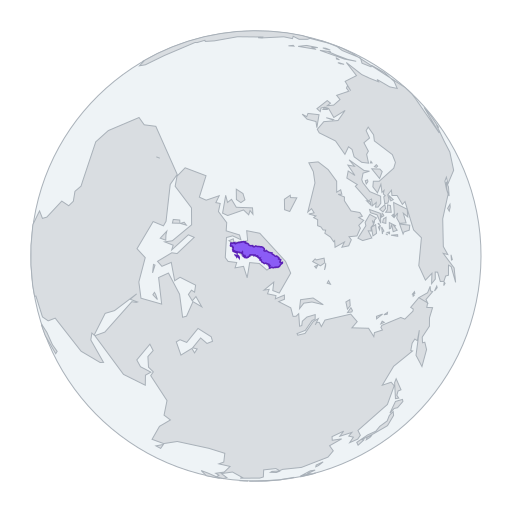 globe centered on Sweden, rotated 96°
{"feature_id": "SWE", "entity_name": "Sweden", "entity_type": "country or territory", "adm_level": 0, "iso_a3": "SWE", "parent_name": "Europe", "parent_adm1": "", "projection": "orthographic", "projection_center": [17.555, 62.192], "detail": "fine", "context": "on_globe", "style": "filled", "palette": "violet", "viewbox_px": 512, "rotation_deg": 96, "n_neighbors": 0, "source": "natural_earth", "source_scale": "50m", "svg_char_len": 16202}
<svg xmlns="http://www.w3.org/2000/svg" viewBox="0 0 512 512"><g transform="rotate(96 256 256)"><circle cx="256" cy="256" r="225" fill="#eef3f6" stroke="#a8b0b8"/><path d="M32.0,231.9L32.0,232.7L34.2,221.1L35.2,215.3L34.9,213.8L40.0,193.0L44.3,181.5L72.8,125.4L78.5,118.0L83.0,113.7L114.5,86.6L90.6,104.4L98.7,96.3L109.2,87.7L108.3,89.3L122.1,80.9L132.4,74.1L150.1,68.4L164.0,72.6L157.7,74.9L161.8,76.0L170.0,73.4L174.4,71.4L199.5,74.2L227.0,70.7L234.5,65.4L233.8,70.1L247.2,57.7L261.4,54.7L246.1,60.8L245.0,63.6L255.0,62.6L256.1,65.3L261.6,66.5L262.1,70.0L253.1,73.7L253.2,76.1L260.3,75.3L265.2,78.5L254.8,79.2L262.3,85.0L248.6,93.1L220.5,93.4L213.6,102.0L186.3,113.5L189.4,115.8L181.1,122.0L181.6,127.1L176.4,128.2L181.3,131.4L185.9,129.6L189.6,130.4L190.4,133.4L183.8,135.1L182.5,133.8L181.0,135.9L177.4,135.5L179.6,137.4L171.6,139.3L180.5,141.8L175.0,147.0L169.4,147.1L168.8,141.3L154.3,128.2L148.4,127.1L140.9,131.0L129.2,150.3L123.2,151.7L116.1,157.9L119.8,159.6L126.8,155.4L132.1,160.5L140.0,155.2L143.3,156.6L151.9,153.8L151.8,160.6L147.1,168.8L140.0,171.6L137.7,175.4L145.6,178.2L133.3,188.9L126.9,206.0L123.6,208.3L115.3,202.6L112.7,188.6L101.9,182.6L110.1,193.1L101.7,199.2L100.8,203.1L102.0,206.8L105.7,207.2L103.1,210.8L94.0,201.4L96.2,197.9L99.1,200.9L97.8,194.5L91.6,188.8L87.8,192.6L82.4,180.9L79.6,183.6L76.9,182.8L81.7,179.1L73.0,185.6L66.1,174.9L54.1,186.4L64.5,169.8L67.4,161.4L69.9,152.4L67.8,154.0L73.8,140.8L74.6,133.1L68.0,136.8L60.4,147.0L54.4,160.7L55.8,161.4L53.2,170.7L48.2,172.8L42.6,191.8L39.3,197.2L36.7,206.2L35.6,214.1L33.9,225.1L35.1,227.4L36.0,235.7L33.6,242.0L36.0,242.4L35.1,251.3L38.4,272.4L37.5,272.1L39.9,297.4L46.4,319.9L47.9,328.9L46.8,329.4L49.9,336.9L50.0,338.9L66.2,368.1L77.4,386.0L79.0,391.7L73.6,387.6L74.5,389.4L65.1,375.6L56.8,361.2L49.5,346.1L43.4,330.6L38.5,314.6L34.7,298.4L32.2,281.8L30.9,265.2L30.8,248.5L32.0,231.9ZM50.9,188.7L44.8,213.9L45.0,203.0L45.6,204.2L47.8,197.1L50.8,185.7L51.9,176.7L50.9,188.7ZM55.4,192.3L56.2,188.4L55.9,191.8L55.4,192.3ZM176.2,70.2L170.0,73.1L162.2,74.6L167.2,71.8L176.2,70.2ZM191.2,68.5L188.6,70.4L184.3,68.5L187.1,68.0L191.2,68.5ZM239.6,61.2L234.4,62.2L239.1,60.4L239.6,61.2ZM262.3,66.1L263.4,65.1L265.8,66.2L262.3,66.1ZM151.3,150.3L151.5,152.0L149.8,151.6L151.3,150.3ZM154.8,147.6L152.6,145.9L153.9,144.4L155.2,145.4L154.8,147.6ZM268.6,72.5L272.1,74.8L267.0,73.1L268.6,72.5ZM157.2,150.0L156.6,141.9L158.9,139.3L166.0,141.2L157.2,150.0ZM273.0,76.6L281.5,82.4L284.7,80.4L280.4,89.7L274.6,81.5L267.9,79.6L272.4,78.9L273.0,76.6ZM187.1,127.7L182.2,129.8L185.6,125.4L187.1,127.7ZM188.4,124.7L193.7,110.5L201.3,109.1L198.0,114.0L207.4,110.2L208.5,116.5L203.6,120.0L198.4,119.6L202.8,122.3L188.4,124.7ZM276.6,94.1L277.3,96.2L274.9,94.7L276.6,94.1ZM191.4,130.5L191.8,127.6L198.4,126.1L198.9,131.6L196.6,130.3L191.4,130.5ZM209.3,106.3L214.3,106.3L216.6,111.3L218.8,112.0L209.2,116.5L209.3,106.3ZM195.4,132.1L198.9,134.4L196.5,137.9L191.5,133.2L195.4,132.1ZM200.0,123.5L203.1,123.1L201.5,125.1L200.0,123.5ZM189.6,151.7L189.9,148.1L193.4,147.0L189.6,151.7ZM200.4,135.1L201.2,133.9L202.6,133.1L204.4,135.4L200.4,135.1ZM211.5,119.9L211.4,122.1L215.6,118.3L217.5,122.1L210.6,124.4L214.4,125.0L215.0,126.2L208.8,126.9L211.5,119.9ZM210.4,135.3L202.4,139.9L201.0,146.7L197.9,147.9L200.6,136.8L210.4,135.3ZM210.0,130.3L209.5,133.6L205.8,133.2L203.9,130.7L210.0,130.3ZM221.2,123.9L220.0,117.4L221.6,117.1L221.2,123.9ZM210.7,137.3L212.6,136.2L211.0,137.9L210.7,137.3ZM218.8,128.0L218.2,125.7L219.9,125.5L218.8,128.0ZM217.0,135.9L214.4,137.3L213.0,135.6L217.0,135.9ZM218.4,132.4L220.9,132.6L214.0,134.1L217.8,131.4L218.4,132.4ZM220.5,128.2L221.4,127.3L220.5,129.2L220.5,128.2ZM223.8,141.8L215.4,144.2L212.3,140.3L220.9,138.5L223.8,141.8ZM249.4,481.2L247.8,481.1L233.8,476.0L240.9,472.3L239.2,468.1L221.7,454.9L225.6,447.5L220.7,443.4L210.6,442.8L204.8,437.3L198.6,436.0L159.2,427.3L146.7,416.0L130.5,386.8L137.2,380.9L137.5,369.2L183.1,342.9L193.8,348.8L230.9,349.1L235.7,351.2L232.5,361.9L261.2,375.1L269.2,366.0L294.1,369.8L310.0,366.0L313.7,344.8L287.6,350.6L282.1,341.3L302.0,328.0L324.6,322.6L323.1,318.8L308.0,313.9L312.2,304.6L302.6,311.5L307.2,314.7L301.3,319.2L296.7,316.6L298.4,313.3L291.3,313.0L285.1,329.3L289.1,334.3L271.2,339.6L276.1,348.5L271.6,353.4L261.6,340.1L261.8,334.7L243.9,319.4L242.0,325.5L258.8,340.5L253.9,339.5L251.5,348.3L249.6,340.8L231.7,323.3L214.9,325.2L195.1,343.7L184.9,342.9L175.7,335.7L181.4,314.1L203.4,318.5L205.7,311.4L199.9,298.9L207.1,301.5L207.5,297.1L215.7,298.0L225.9,288.6L234.1,288.3L236.8,274.6L241.4,272.7L238.4,281.3L240.7,287.3L260.8,286.4L264.3,283.2L264.5,274.5L270.0,275.6L267.6,267.3L278.6,262.5L263.2,261.6L263.1,251.9L268.9,243.7L266.1,240.5L256.5,253.8L255.2,259.3L258.4,264.3L252.3,279.8L245.7,282.4L241.7,265.9L231.8,267.9L233.0,254.6L258.2,226.1L269.4,219.7L290.4,229.0L288.6,235.7L280.1,235.6L289.1,244.5L287.8,239.5L292.4,240.6L293.3,232.0L296.6,232.3L291.9,223.7L296.1,223.2L299.0,228.7L303.9,216.0L312.2,212.8L311.7,209.8L308.9,207.5L321.3,205.3L320.4,203.2L316.0,203.1L311.4,199.0L308.1,191.0L312.5,190.6L314.3,193.5L324.8,199.2L328.9,207.1L330.4,206.2L327.9,199.2L315.1,192.2L311.8,187.5L318.3,189.9L315.7,188.6L315.4,186.2L319.4,183.6L312.5,180.7L303.9,155.7L310.7,148.5L317.4,153.1L316.1,136.5L323.9,130.4L319.8,130.2L316.4,122.5L314.0,124.3L311.8,123.6L302.0,105.6L303.2,101.4L294.4,94.1L292.3,94.1L290.9,96.8L280.4,89.7L284.7,80.4L289.3,80.8L288.9,75.0L299.3,77.0L307.7,76.2L319.3,82.2L324.9,81.3L324.1,79.1L331.2,76.6L348.6,79.4L338.0,86.5L312.7,85.8L323.3,86.7L322.0,89.4L326.4,91.6L333.9,92.2L334.1,90.4L351.3,107.6L371.3,116.9L367.4,108.4L370.6,105.0L389.9,109.8L418.8,136.4L423.4,133.5L427.5,135.7L431.8,143.3L426.0,140.2L425.4,144.9L421.4,142.2L426.5,153.8L421.0,150.5L427.7,161.5L431.3,160.9L428.9,151.7L437.0,163.0L441.7,158.8L448.5,163.4L461.5,188.7L465.4,207.2L467.0,210.1L465.3,214.0L467.9,226.0L475.0,225.6L476.5,229.1L478.6,248.5L477.7,246.4L473.3,256.8L476.0,267.6L479.5,261.8L480.8,265.2L479.7,272.3L477.9,269.9L476.3,273.4L474.2,265.0L468.0,259.8L466.6,271.2L464.3,266.5L455.5,266.4L452.2,282.7L448.7,314.9L452.2,328.2L449.2,340.2L435.5,334.2L428.0,324.0L423.9,330.8L409.1,329.4L386.0,348.2L382.0,346.0L377.8,351.3L367.3,353.0L360.8,348.4L354.8,352.3L371.8,363.7L378.2,359.3L382.5,348.4L386.1,353.5L396.1,352.6L387.6,375.4L352.1,407.9L347.5,398.4L314.4,374.7L314.7,370.2L314.5,369.8L314.1,369.0L312.2,376.6L306.1,370.7L325.1,391.0L328.8,400.0L351.6,408.7L349.8,411.2L356.8,411.5L377.8,396.5L378.2,399.9L369.0,420.0L338.8,449.2L342.2,455.9L338.9,462.0L318.8,470.7L319.2,472.0L308.6,475.0L307.8,475.2L288.5,478.9L269.0,480.9L249.4,481.2ZM168.8,361.9L167.8,365.5L168.8,361.9ZM349.7,326.3L362.4,320.3L354.6,310.1L358.8,307.0L354.6,304.8L353.9,309.4L343.3,302.5L348.1,295.6L345.4,290.3L341.0,292.1L334.1,306.1L349.2,315.9L347.2,322.8L349.7,326.3ZM38.6,272.9L38.7,276.7L37.9,273.3L38.6,272.9ZM43.4,203.7L42.9,208.1L42.1,211.3L42.1,208.3L43.4,203.7ZM43.3,240.2L43.6,245.7L42.6,241.0L43.3,240.2ZM44.2,217.8L43.1,236.0L41.3,227.7L42.3,216.3L42.6,222.7L44.2,217.8ZM52.2,193.5L51.6,196.6L50.6,196.8L52.2,193.5ZM55.2,194.8L55.2,193.8L56.2,191.7L55.2,194.8ZM102.2,199.7L102.9,200.6L103.3,204.7L101.6,203.5L102.2,199.7ZM114.6,219.5L110.1,224.9L112.1,220.1L108.8,219.2L108.9,208.1L122.0,208.9L116.0,210.4L114.6,219.5ZM112.6,194.0L111.1,200.6L112.2,193.3L112.6,194.0ZM201.3,272.9L204.5,276.6L201.9,281.4L191.6,282.6L195.2,275.5L201.3,272.9ZM209.6,280.7L208.5,264.5L214.8,263.4L211.4,266.7L215.8,267.6L211.5,273.2L218.7,288.4L216.9,293.7L198.8,292.5L205.7,289.9L202.2,286.3L209.6,280.7ZM194.3,227.8L193.9,221.5L208.2,227.1L207.0,232.4L196.6,233.7L192.0,228.3L194.3,227.8ZM169.7,155.2L168.6,153.0L170.4,152.5L172.8,153.9L169.7,155.2ZM189.5,150.1L176.3,164.5L174.4,162.7L169.0,173.8L161.8,173.2L165.6,166.0L156.0,174.1L156.5,167.4L150.6,173.5L159.7,157.4L159.8,152.0L162.4,158.2L169.0,158.8L171.9,157.4L180.1,149.5L183.5,138.3L190.5,137.4L194.6,139.7L194.9,142.2L190.2,142.0L193.9,145.5L187.3,147.1L189.5,150.1ZM238.3,171.5L232.8,169.5L239.1,178.3L232.5,179.4L233.7,180.3L229.4,183.9L226.2,189.9L223.0,189.4L223.1,192.0L220.3,194.5L219.4,197.9L213.4,198.5L211.8,202.7L209.9,200.6L208.7,207.9L207.0,202.7L203.1,205.7L206.9,209.1L177.2,205.0L166.1,207.8L157.8,213.2L155.9,204.0L162.5,193.3L173.2,183.6L184.1,182.4L181.3,178.7L185.6,177.1L186.1,180.7L188.1,174.2L191.8,173.9L201.3,166.2L201.9,157.3L205.4,154.4L207.0,157.8L209.3,152.6L214.8,157.0L217.4,155.1L225.5,157.7L227.1,165.5L229.9,162.9L236.2,164.9L238.3,171.5ZM226.0,142.7L229.5,151.5L227.6,156.5L214.4,149.9L211.2,151.0L202.7,147.2L205.6,140.2L207.8,141.8L210.6,141.9L208.5,144.1L212.2,142.3L215.4,144.6L219.1,144.0L219.2,147.0L226.0,142.7ZM240.6,347.3L244.2,347.8L249.7,347.4L248.3,353.1L240.6,347.3ZM228.2,335.6L231.4,335.1L232.0,342.6L228.3,342.1L228.2,335.6ZM232.6,328.5L231.5,334.5L229.9,331.0L232.6,328.5ZM241.3,280.4L244.7,279.4L245.2,281.4L243.6,284.5L241.3,280.4ZM255.6,199.1L252.7,196.9L253.6,195.6L251.0,188.1L255.6,186.9L259.0,190.9L255.6,199.1ZM309.6,349.5L305.3,354.5L302.8,353.2L304.7,351.8L309.6,349.5ZM275.6,355.5L283.6,357.1L275.1,357.1L275.6,355.5ZM260.2,196.6L258.6,193.6L261.9,194.9L260.2,196.6ZM258.9,185.7L262.7,186.4L255.9,185.9L258.9,185.7ZM351.8,459.9L347.1,462.1L346.5,461.9L353.8,456.0L365.5,449.2L371.6,443.8L374.1,445.0L357.3,457.2L351.8,459.9ZM479.8,281.7L479.7,282.5L475.1,288.1L476.9,281.1L480.8,268.7L480.7,271.6L480.9,269.7L479.8,281.7ZM481.2,249.0L481.0,245.0L480.7,240.3L481.2,249.0ZM480.7,239.2L476.5,210.4L475.9,207.2L478.9,223.1L480.7,239.2ZM453.1,328.4L457.3,330.7L455.3,335.7L453.1,328.4ZM472.5,195.6L475.7,207.8L472.1,194.8L472.5,195.6ZM469.0,185.9L469.9,187.6L469.7,188.7L469.0,185.9ZM469.2,213.2L469.6,219.0L468.5,217.6L467.3,209.4L469.2,213.2ZM453.7,167.7L457.9,172.0L459.4,174.5L457.6,174.3L453.7,167.7ZM297.4,184.0L295.9,195.5L297.9,203.5L303.8,207.2L294.8,207.1L291.8,194.8L297.4,184.0ZM302.7,159.1L297.5,156.2L300.1,154.4L301.6,154.8L302.7,159.1ZM299.3,159.5L292.3,161.8L289.6,158.2L295.6,157.1L299.3,159.5ZM276.3,179.0L275.6,182.4L272.9,181.3L276.3,179.0ZM471.0,188.8L467.3,178.0L471.0,188.8ZM468.6,181.8L470.7,188.0L467.8,179.9L468.6,181.8ZM470.5,188.1L469.6,186.1L468.6,182.5L470.5,188.1ZM467.8,179.3L465.5,174.1L466.0,174.7L467.8,179.3ZM467.1,182.2L466.8,177.9L469.1,187.1L464.0,179.6L462.7,174.8L467.1,182.2ZM427.2,127.1L424.6,126.4L422.0,121.9L424.5,123.7L427.2,127.1ZM411.0,107.5L420.5,120.5L427.6,131.6L427.7,129.5L433.5,134.7L430.8,136.3L422.3,126.3L417.7,118.5L412.5,115.1L406.3,108.3L400.6,106.7L396.4,103.3L400.2,102.5L411.0,107.5ZM398.3,106.4L386.1,102.1L383.3,95.3L385.3,94.7L392.1,99.4L393.2,102.7L398.3,106.4ZM382.4,99.2L383.3,102.4L367.4,104.9L363.4,103.8L373.9,97.8L375.4,100.6L379.8,101.4L382.4,99.2ZM279.6,95.5L277.5,96.1L278.3,94.4L279.6,95.5ZM310.5,124.8L307.6,123.7L308.6,121.5L310.5,124.8ZM300.2,119.4L301.1,122.6L298.3,119.3L300.2,119.4ZM303.4,129.9L300.5,124.0L305.9,129.5L303.4,129.9Z" fill="#d9dde1" stroke="#a8b0b8" stroke-width="1"/><path d="M243.5,267.8L243.7,268.3L243.8,268.4L244.0,268.3L244.2,267.9L244.5,266.9L244.3,265.8L244.3,265.7L244.7,265.3L244.9,264.7L245.0,264.6L245.4,264.5L245.7,264.3L246.1,263.8L246.2,263.3L246.2,263.0L246.3,262.8L246.4,262.5L246.3,262.1L246.2,261.5L246.0,260.7L246.0,260.3L246.3,260.1L246.7,260.2L246.8,260.1L247.0,259.7L247.1,259.2L247.0,258.6L246.7,258.2L246.0,257.4L246.4,255.7L246.4,255.2L246.2,254.0L246.3,253.5L246.3,252.7L246.5,252.4L246.4,252.1L246.2,251.3L246.6,250.5L246.6,250.1L246.9,249.8L247.6,248.8L247.8,248.6L248.2,248.4L248.5,248.3L249.8,248.7L250.2,248.1L250.2,247.7L250.2,247.2L250.1,246.9L249.4,246.4L250.3,245.0L250.7,244.2L250.9,243.8L251.0,243.7L251.1,242.3L251.2,241.9L251.3,241.7L251.2,240.4L252.0,240.3L252.5,240.0L252.7,239.8L252.7,239.1L252.9,238.8L253.4,238.0L254.0,237.2L254.2,236.9L254.3,236.5L254.2,236.1L253.8,235.4L254.0,235.1L254.4,234.9L254.5,234.6L254.9,233.6L255.4,233.1L255.7,232.8L256.5,233.3L256.8,232.7L256.9,232.4L256.9,232.0L256.9,231.4L256.9,231.1L257.2,231.0L257.8,231.2L258.2,231.2L259.4,231.7L259.5,231.7L259.9,231.3L259.5,231.0L259.7,230.8L259.8,230.5L259.9,230.2L260.0,229.8L259.9,229.6L259.6,229.1L260.3,229.0L260.7,229.3L260.8,229.5L261.1,229.8L261.3,230.0L261.5,230.2L261.6,230.3L261.8,230.5L262.4,230.9L262.7,231.1L262.9,231.1L263.6,231.4L263.7,231.5L264.1,231.8L264.2,232.3L264.4,232.3L264.5,232.5L265.0,233.0L264.8,233.3L264.8,233.6L264.9,234.0L264.9,234.3L265.0,234.4L264.9,234.7L264.9,234.9L265.2,235.0L265.3,235.0L265.4,235.4L265.3,235.6L265.2,235.8L265.2,236.0L265.3,236.2L265.4,236.4L265.8,237.1L265.9,237.4L265.9,237.5L265.8,237.8L265.9,238.1L265.8,238.3L265.7,238.6L265.6,238.8L265.6,239.1L265.7,239.6L265.8,239.7L265.8,239.8L266.1,240.0L266.4,240.6L266.6,241.3L266.2,241.4L265.9,241.2L265.7,241.3L265.4,241.4L265.1,241.5L264.9,241.7L264.6,241.5L264.3,241.2L264.2,241.5L263.9,241.3L263.7,241.4L263.7,241.6L263.6,241.8L263.6,242.2L263.6,242.3L263.3,242.3L263.4,242.5L263.5,242.5L263.4,242.6L263.1,242.6L263.2,242.9L263.1,243.0L262.7,243.2L262.5,243.4L262.5,243.5L262.6,243.8L262.4,243.5L262.5,243.8L262.6,244.1L262.6,244.3L262.4,244.7L262.1,245.3L262.0,245.5L262.2,245.9L262.5,246.6L262.7,246.9L262.6,247.2L262.3,247.5L261.9,248.0L261.6,249.3L261.4,249.4L261.0,249.7L260.9,249.9L260.6,250.1L260.1,250.3L259.9,250.6L259.8,250.9L259.7,251.0L259.4,250.8L259.4,251.1L259.2,250.9L259.0,251.1L259.0,251.4L258.6,251.9L258.2,251.8L258.3,251.9L258.3,252.0L258.1,252.0L257.9,252.1L257.7,252.6L257.4,252.7L257.4,252.8L257.7,252.9L257.6,253.2L257.2,253.4L257.2,253.6L256.9,253.6L257.0,253.5L256.7,253.5L256.6,253.3L256.6,253.5L256.8,253.9L256.7,254.1L256.8,254.3L256.7,254.5L256.5,254.8L256.3,254.8L256.2,255.0L255.9,254.9L255.7,254.8L255.7,255.1L255.8,255.4L256.0,255.7L256.1,255.8L255.9,256.1L255.7,257.3L255.7,257.8L255.8,258.0L255.6,258.0L255.3,257.8L255.4,258.1L255.2,258.4L255.3,258.9L255.2,259.2L255.3,259.3L255.3,259.5L255.3,260.7L255.3,260.9L255.5,261.4L255.4,261.9L255.6,262.1L256.0,262.1L256.2,262.5L256.4,262.5L256.6,262.3L256.8,262.3L256.9,262.6L257.2,263.0L257.4,263.2L257.6,263.3L258.0,263.6L257.9,264.0L258.0,264.1L258.4,264.3L258.7,264.8L258.8,265.3L258.8,265.5L258.3,265.9L258.0,266.3L257.7,266.6L257.4,266.8L257.2,266.8L256.8,267.1L257.2,267.3L257.3,267.2L257.6,267.1L257.9,266.9L258.0,267.0L257.9,267.4L257.7,267.4L257.6,267.8L257.5,268.1L257.1,268.3L256.8,268.5L256.6,268.7L256.4,268.7L256.2,268.9L255.8,269.1L255.6,269.4L255.1,269.7L254.8,269.9L254.1,269.9L253.5,269.8L253.3,269.9L253.5,270.0L253.8,270.0L254.4,270.2L254.7,270.5L254.1,270.7L254.4,271.6L254.2,271.8L254.2,272.8L253.9,273.2L254.0,273.4L254.0,273.9L254.0,274.1L254.1,274.4L254.0,274.7L253.7,275.3L253.7,275.6L253.8,275.8L253.8,276.1L253.5,277.1L253.4,277.5L253.1,278.0L253.0,278.3L252.6,279.4L252.4,279.6L252.2,279.8L252.0,279.6L251.8,279.5L251.5,279.5L251.1,279.6L250.5,279.5L249.9,279.5L249.9,280.0L249.6,280.1L249.4,280.0L249.1,280.2L248.7,280.6L248.6,280.8L248.6,281.2L248.7,281.5L248.9,282.0L248.5,282.5L248.2,282.5L247.6,282.3L246.5,282.5L245.6,282.2L245.7,281.8L245.9,281.1L245.9,280.9L245.8,280.7L245.6,280.4L245.1,279.3L245.0,278.9L244.9,278.7L245.0,278.7L245.4,279.0L245.6,278.9L245.5,278.6L245.4,278.4L245.4,278.2L245.6,278.1L245.8,278.2L246.0,277.9L245.9,277.5L245.6,277.3L245.3,276.7L245.0,276.3L244.5,275.0L244.4,274.1L244.2,274.2L244.1,273.5L244.1,273.2L243.8,273.0L243.8,272.0L243.5,271.9L243.3,271.4L243.4,270.5L243.2,270.4L243.0,270.2L243.1,269.2L243.1,268.4L243.1,268.2L243.0,267.9L243.1,267.7L243.4,267.6L243.5,267.8ZM259.2,273.1L258.9,273.4L258.6,273.6L258.6,274.5L258.9,274.8L258.7,274.8L258.5,275.1L258.4,275.4L258.1,275.6L257.8,276.0L257.7,276.5L257.3,276.7L257.4,276.3L257.6,276.1L257.4,275.9L257.3,275.5L257.2,275.3L257.3,275.1L257.2,274.6L257.2,274.2L257.5,273.8L257.8,273.4L258.1,273.1L258.4,273.0L258.6,273.1L258.7,272.8L258.8,272.8L259.2,273.1ZM253.8,279.1L253.6,279.3L253.5,279.1L253.5,278.4L253.5,278.1L254.0,276.9L254.5,276.0L254.6,275.7L254.7,275.4L254.8,275.1L255.1,275.1L254.9,275.3L254.9,275.6L254.6,276.4L254.5,277.0L254.3,277.1L253.8,279.1ZM259.3,272.7L259.3,273.0L259.2,273.0L259.1,272.8L259.3,272.5L259.6,272.5L259.3,272.7ZM258.1,266.7L258.0,266.8L258.0,266.7L258.1,266.4L258.3,266.4L258.3,266.5L258.1,266.7ZM257.7,268.4L257.7,268.2L257.9,268.1L257.7,268.4Z" fill="#8b5cf6" stroke="#5b21b6" stroke-width="1.5"/></g></svg>